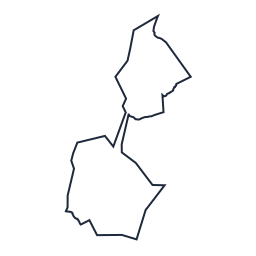 outline of Yeso'nbulag, Govi-Altay, Mongolia, rotated 269°
{"feature_id": "93677404B66011642524046", "entity_name": "Yeso'nbulag", "entity_type": "district", "adm_level": 2, "iso_a3": "MNG", "parent_name": "Mongolia", "parent_adm1": "Govi-Altay", "projection": "mercator", "projection_center": [96.329, 46.208], "detail": "fine", "context": "isolated", "style": "outline", "palette": "slate", "viewbox_px": 256, "rotation_deg": 269, "n_neighbors": 0, "source": "geoboundaries", "source_scale": "gbopen_adm2", "svg_char_len": 1958}
<svg xmlns="http://www.w3.org/2000/svg" viewBox="0 0 256 256"><g transform="rotate(269 128 128)"><path d="M239.5,159.9L225.6,135.4L207.3,131.6L195.3,128.7L179.4,116.3L157.4,126.6L150.0,123.1L143.6,126.0L109.7,113.0L120.5,104.8L114.3,77.1L103.6,72.7L96.3,70.7L88.3,73.3L61.6,66.5L49.7,66.2L45.8,64.4L45.6,64.8L45.6,65.5L45.6,66.4L45.3,67.6L45.3,68.1L45.2,68.5L45.2,69.0L45.1,69.4L44.9,69.5L44.8,69.8L44.7,69.9L44.7,70.0L44.5,70.5L44.3,70.7L44.1,70.7L43.9,71.0L43.4,71.1L43.1,71.1L42.8,71.1L42.6,71.3L42.0,71.6L41.6,71.7L41.0,71.9L40.7,72.2L40.0,72.6L38.9,73.6L38.9,73.8L38.7,74.1L38.6,74.3L38.4,74.6L38.3,74.8L38.2,74.9L38.1,75.1L38.1,75.4L37.9,75.5L37.9,75.8L37.6,75.9L37.6,76.0L37.3,76.4L37.1,76.6L36.8,76.7L36.5,76.8L36.4,76.8L36.1,76.9L36.0,77.0L35.6,77.4L35.5,77.5L35.2,77.5L34.8,77.7L34.6,77.8L33.7,78.1L33.0,78.5L32.3,79.1L36.5,87.8L21.4,95.2L21.2,120.0L16.5,134.6L45.7,144.2L70.1,163.6L70.6,151.5L92.9,135.2L103.7,121.4L111.7,121.4L142.2,129.0L140.7,129.3L140.1,129.6L139.9,130.0L139.5,131.3L139.1,132.2L138.8,133.4L138.0,134.5L137.2,135.1L136.7,135.6L136.5,136.3L136.6,136.8L136.6,137.4L136.4,138.0L136.2,138.5L136.2,138.9L136.8,140.5L137.7,142.2L138.1,143.6L138.7,145.4L138.7,147.6L139.2,149.6L139.3,151.5L140.3,154.2L140.6,154.9L143.2,163.8L160.4,163.0L159.0,164.5L159.2,165.1L159.3,165.4L159.4,166.1L159.7,166.6L160.6,167.3L161.2,167.5L161.6,168.0L161.7,168.4L161.9,169.2L162.0,169.5L162.3,169.7L162.4,169.8L162.5,170.1L162.6,170.6L163.0,170.8L163.2,171.4L163.7,172.2L164.3,173.2L164.7,173.7L165.2,173.9L166.0,174.0L166.6,174.3L167.3,174.7L168.0,174.9L168.1,175.3L168.1,175.6L168.4,175.6L168.6,175.8L168.8,175.9L169.1,176.4L169.2,176.5L169.6,176.5L169.9,176.9L170.4,177.0L170.9,177.0L171.2,177.1L171.4,177.5L178.1,191.6L213.0,167.5L216.6,163.0L217.5,160.9L217.8,159.3L219.3,157.3L220.2,156.4L220.9,156.1L221.7,156.0L222.7,156.3L224.5,155.1L228.9,155.8L237.9,159.2L239.5,159.9L239.5,159.9Z" fill="none" stroke="#1e293b" stroke-width="2"/></g></svg>